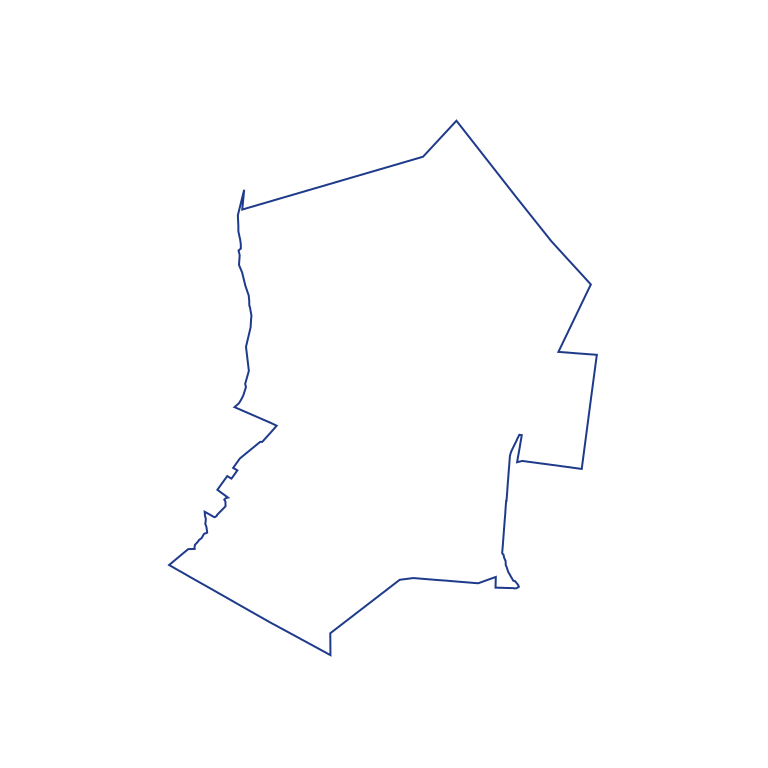 the district of Bustamante, Nuevo León, Mexico, rotated 30°
{"feature_id": "50627088B226456394087", "entity_name": "Bustamante", "entity_type": "district", "adm_level": 2, "iso_a3": "MEX", "parent_name": "Mexico", "parent_adm1": "Nuevo León", "projection": "mercator", "projection_center": [-100.55, 26.571], "detail": "fine", "context": "isolated", "style": "outline", "palette": "blue", "viewbox_px": 768, "rotation_deg": 30, "n_neighbors": 0, "source": "geoboundaries", "source_scale": "gbopen_adm2", "svg_char_len": 2829}
<svg xmlns="http://www.w3.org/2000/svg" viewBox="0 0 768 768"><g transform="rotate(30 384 384)"><path d="M165.8,285.7L173.1,311.1L173.6,311.8L178.5,319.4L181.5,324.5L185.0,328.5L186.7,330.2L190.0,334.4L192.3,338.3L191.3,341.1L194.6,344.6L198.9,353.4L205.3,358.3L215.0,368.4L222.5,374.9L226.0,379.8L227.4,382.3L228.6,383.9L228.9,384.0L229.5,384.5L235.2,391.3L236.3,394.0L240.1,401.5L245.9,420.8L260.4,440.2L263.7,453.3L266.0,455.7L267.9,464.5L267.9,465.8L268.0,466.2L268.1,468.8L268.0,473.2L266.1,478.8L305.6,474.3L310.2,473.9L311.9,473.8L310.2,482.4L309.0,488.0L307.5,495.0L305.7,496.0L299.6,512.1L296.4,520.6L295.8,526.9L295.3,532.1L295.8,532.1L300.2,532.1L299.6,538.4L299.2,542.2L298.3,542.2L296.7,542.2L294.3,542.1L293.3,551.9L292.6,558.9L295.2,559.2L296.6,559.4L305.6,560.4L304.8,561.1L304.0,562.2L303.5,564.0L305.5,565.1L307.9,569.2L304.9,580.7L305.1,581.7L304.4,583.4L303.7,584.2L298.5,584.2L292.6,584.3L294.8,587.6L297.0,589.7L298.2,592.0L299.0,594.3L301.6,596.5L304.6,600.3L305.2,601.2L304.6,602.1L304.1,602.5L303.9,602.8L303.4,603.2L303.2,603.7L303.0,604.5L303.1,606.5L303.1,608.6L302.9,609.1L302.4,610.2L301.7,611.9L301.8,613.1L301.6,613.8L301.5,614.5L300.7,617.7L301.6,620.3L302.5,621.5L297.0,624.9L294.9,630.5L288.4,648.2L291.4,648.2L296.6,648.2L304.9,648.1L312.7,648.1L323.7,648.0L332.4,647.9L348.0,647.8L363.8,647.7L382.6,647.6L382.9,647.6L405.0,647.4L425.9,646.8L473.2,645.6L462.1,626.7L495.5,545.7L506.4,537.4L519.5,531.2L529.2,526.6L534.7,523.9L546.2,518.5L556.5,513.6L563.1,510.5L565.3,509.4L571.7,501.8L575.4,497.4L577.3,495.2L582.4,504.6L586.6,502.3L586.9,502.2L587.1,502.1L587.3,501.9L591.7,499.6L597.7,496.3L599.2,495.8L601.0,494.5L602.2,492.2L600.5,490.9L596.0,489.2L594.3,489.7L585.5,484.6L581.5,481.0L580.0,480.0L577.9,476.6L574.9,474.4L573.8,473.2L572.9,472.1L571.6,471.8L570.8,471.2L567.5,464.2L560.0,448.6L556.1,440.5L553.5,434.9L553.3,434.7L553.2,434.4L552.6,433.2L550.6,429.1L548.2,424.1L548.5,423.9L545.3,417.2L542.0,410.5L541.6,409.6L541.0,408.6L540.9,408.1L539.7,405.7L539.0,404.1L537.3,400.7L536.3,398.5L535.0,395.9L533.0,391.6L531.1,387.7L530.9,387.2L529.2,383.8L528.4,381.1L528.1,379.6L527.9,378.5L527.8,377.0L527.6,374.7L527.3,370.1L527.3,369.9L527.2,368.8L527.1,366.2L526.9,365.8L526.6,360.3L528.9,359.4L531.9,367.6L533.4,371.5L534.2,373.8L535.4,377.0L536.1,379.1L536.9,381.2L538.4,385.2L542.2,381.5L559.7,374.3L559.9,374.3L560.1,374.1L560.4,374.0L567.9,370.9L568.4,370.7L570.4,369.9L570.8,369.7L597.7,358.7L569.2,289.9L554.0,253.0L553.7,252.3L553.4,252.5L551.5,253.4L551.0,253.6L545.3,256.4L544.6,256.7L541.5,258.2L535.5,261.1L526.0,265.6L519.6,268.7L519.0,269.0L513.8,200.5L513.4,194.4L493.6,188.1L480.2,183.9L476.8,182.8L457.6,176.7L406.7,156.7L315.1,119.8L304.2,167.6L252.1,222.1L250.6,223.7L245.6,228.9L174.0,303.8L165.8,285.7Z" fill="none" stroke="#1e3a8a" stroke-width="2"/></g></svg>